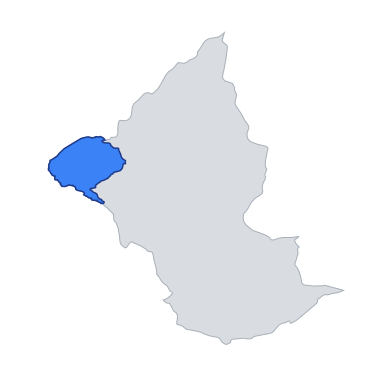 Vakaga on a map of Central African Republic (Equal Earth projection), rotated 264°
{"feature_id": "CAF-812", "entity_name": "Vakaga", "entity_type": "Prefecture", "adm_level": 1, "iso_a3": "CAF", "parent_name": "Central African Republic", "parent_adm1": "", "projection": "equal_earth", "projection_center": [21.98, 9.792], "detail": "fine", "context": "in_parent", "style": "filled", "palette": "blue", "viewbox_px": 384, "rotation_deg": 264, "n_neighbors": 0, "source": "natural_earth", "source_scale": "10m", "svg_char_len": 7846}
<svg xmlns="http://www.w3.org/2000/svg" viewBox="0 0 384 384"><g transform="rotate(264 192 192)"><path d="M266.7,125.6L270.2,126.8L270.8,128.3L269.8,133.0L270.5,135.9L272.5,138.4L274.5,139.5L276.4,140.1L283.1,141.6L285.9,143.4L289.6,148.9L294.2,154.0L295.4,156.6L295.2,159.1L293.8,162.0L294.0,163.2L296.1,166.2L298.6,169.2L303.0,172.6L310.7,177.9L314.3,181.4L315.5,184.1L317.5,187.0L320.2,189.6L322.1,191.7L320.8,197.5L321.2,199.4L321.9,201.0L323.5,203.3L324.2,206.2L325.8,209.9L327.7,211.6L330.9,212.2L332.5,213.9L336.0,216.8L339.4,219.3L340.9,221.1L341.8,222.6L342.5,224.4L342.9,226.2L343.0,230.1L343.6,235.0L345.4,238.3L347.1,240.8L340.2,238.0L339.2,237.9L338.0,238.4L334.4,241.9L333.2,242.3L328.7,241.6L317.7,238.8L309.2,236.2L306.7,235.2L302.2,234.3L299.2,236.1L296.4,242.3L295.6,243.6L291.2,245.4L289.1,244.9L284.0,246.6L276.2,244.0L273.4,244.5L271.2,245.8L265.5,248.7L262.1,250.3L258.1,251.7L254.3,254.0L251.8,255.2L249.3,255.2L247.0,253.9L244.5,252.8L241.6,252.6L238.5,253.3L235.9,255.7L234.9,257.5L232.6,262.2L229.9,269.9L228.9,271.4L227.9,272.2L215.6,268.4L210.3,267.5L206.8,268.7L202.3,266.6L200.3,266.2L199.4,266.9L196.9,265.9L192.8,263.3L188.9,262.2L185.5,262.5L183.3,261.7L181.6,259.1L179.4,254.5L175.4,249.8L170.0,246.1L166.7,243.3L165.4,241.5L162.5,240.4L158.0,240.2L153.8,242.1L147.7,247.9L142.0,259.7L138.8,264.3L136.3,265.4L135.7,268.3L136.9,272.8L137.2,278.1L136.3,287.0L136.7,293.4L135.3,292.4L134.0,289.4L133.4,288.8L129.7,290.1L127.7,291.4L126.7,292.6L125.9,292.7L124.7,291.1L123.8,290.8L122.3,291.1L120.8,291.1L119.8,290.8L119.2,291.0L117.4,290.0L111.0,287.5L109.9,286.7L108.6,286.8L105.2,288.9L103.5,289.6L98.1,290.9L92.4,291.6L90.3,291.6L88.8,292.6L87.8,293.9L86.0,302.1L85.5,303.5L85.6,305.6L85.1,312.2L85.3,314.3L78.4,332.4L77.3,329.4L76.6,325.9L76.4,321.8L76.5,320.7L76.1,319.5L75.5,316.2L76.1,314.1L75.6,311.8L74.3,309.6L73.1,307.9L72.4,306.4L71.8,305.8L70.5,305.5L68.7,304.8L61.2,294.1L53.3,282.2L51.7,278.3L51.1,276.1L53.0,275.8L53.5,275.4L53.5,274.4L52.3,271.3L51.8,267.4L50.8,265.0L47.7,261.4L44.8,258.6L43.9,257.2L43.3,255.1L42.2,242.2L41.8,238.6L40.8,237.0L40.2,236.2L39.9,235.3L40.0,233.0L40.4,231.0L40.4,230.2L41.2,228.4L41.3,216.5L40.3,214.8L38.6,214.8L37.6,213.1L36.9,210.9L37.1,209.3L38.8,206.9L40.0,206.0L43.3,204.1L44.3,203.1L44.9,201.9L45.3,200.4L47.2,194.2L50.2,188.1L51.4,186.9L54.4,177.9L55.1,175.6L55.6,173.3L56.5,171.5L59.7,168.4L62.2,163.1L64.8,163.4L67.5,164.2L70.9,164.7L73.6,163.6L75.3,161.5L83.7,158.0L84.3,155.1L85.6,153.6L87.1,152.3L87.7,152.1L87.8,153.1L88.7,156.0L90.6,159.0L93.3,162.2L94.1,162.0L95.9,159.6L100.2,158.0L101.3,157.4L104.4,153.8L108.1,151.5L110.3,150.7L114.0,148.3L116.7,148.6L121.0,148.3L128.1,147.1L133.3,146.8L135.9,146.3L136.5,145.8L137.5,142.4L138.3,141.4L140.2,140.0L144.1,134.8L146.6,130.4L147.3,128.8L147.8,128.6L148.9,126.7L147.8,124.8L143.6,120.9L143.7,120.4L143.4,119.7L143.7,119.2L145.3,117.6L147.5,115.8L149.8,115.2L155.9,115.3L161.1,114.9L162.3,115.0L166.3,114.1L169.1,113.3L171.9,111.4L178.3,111.6L183.7,106.9L185.2,106.0L185.9,105.3L186.1,104.5L188.6,102.7L191.4,98.8L193.6,95.3L194.3,92.8L200.3,84.4L202.4,84.6L203.5,83.6L205.9,78.0L206.6,77.0L209.1,76.0L210.3,74.3L211.3,71.9L211.3,68.8L210.9,66.4L210.9,65.2L211.4,64.1L212.4,63.0L217.0,60.0L218.2,58.6L218.9,57.3L220.1,57.0L221.6,57.2L222.4,56.4L223.4,55.0L226.6,53.2L229.6,51.7L232.7,52.3L238.3,54.2L240.0,58.1L240.8,59.5L247.7,69.0L249.1,71.2L252.5,78.0L254.6,82.6L257.0,89.3L257.3,92.9L257.0,96.0L256.5,104.8L255.9,107.3L252.8,112.0L252.7,114.1L253.3,115.9L254.3,116.6L254.8,117.5L254.5,121.6L255.6,123.2L257.9,124.3L263.7,125.0L266.7,125.6Z" fill="#d9dde1" stroke="#a8b0b8" stroke-width="1"/><path d="M238.3,54.2L238.4,55.1L241.7,61.6L244.2,63.9L248.5,69.5L252.5,78.0L256.5,86.6L257.0,88.0L257.7,93.5L257.6,94.8L257.3,95.7L256.4,97.5L256.1,98.4L256.1,98.8L256.3,99.6L256.4,100.0L256.4,101.0L256.4,101.3L256.6,101.7L256.8,101.7L256.9,101.8L257.1,102.0L257.1,102.3L256.5,104.8L256.4,105.3L256.7,106.3L256.7,106.8L256.5,107.2L256.2,107.5L255.3,109.0L254.8,109.7L254.5,110.0L254.1,110.1L253.3,110.0L253.0,110.2L252.7,110.7L252.5,110.1L252.4,109.3L252.6,108.6L252.7,108.3L252.6,108.1L252.2,107.9L251.9,108.0L251.6,108.0L251.3,108.2L251.0,108.3L250.8,108.6L250.6,108.8L250.4,109.2L250.2,109.7L250.0,110.3L249.5,113.8L249.3,114.4L249.2,114.8L248.8,115.3L248.5,115.7L248.3,115.8L248.1,115.9L247.9,116.0L247.0,116.1L246.5,116.3L246.0,116.7L244.4,118.4L243.9,119.0L243.6,119.8L243.5,121.8L243.4,122.6L243.1,123.3L242.9,123.5L242.6,123.6L241.9,123.4L241.7,123.4L237.2,124.9L234.2,125.4L233.3,125.8L232.1,126.7L231.7,127.1L230.4,128.8L230.2,129.0L229.9,129.1L229.6,129.1L229.4,129.0L228.5,128.6L228.2,128.6L227.9,128.6L227.7,128.7L227.2,128.8L227.2,127.6L227.2,127.3L227.2,126.9L227.0,126.6L226.8,126.4L226.4,126.2L224.6,125.8L223.3,125.3L222.9,125.1L221.1,123.4L220.8,122.8L220.6,122.0L219.9,117.9L219.9,117.0L219.9,116.7L219.7,116.4L218.6,115.4L218.3,114.9L218.1,114.4L218.0,113.9L217.9,113.6L217.7,113.3L217.5,113.1L216.6,112.4L216.3,112.0L215.7,111.0L215.4,110.7L215.2,110.4L214.5,110.0L214.3,109.7L214.2,109.4L213.7,107.4L213.5,106.9L213.3,106.5L213.1,106.3L213.0,106.0L212.9,105.6L212.6,103.5L212.5,102.9L212.3,102.5L211.5,101.6L211.2,101.2L211.0,100.8L211.0,100.5L210.8,99.8L210.7,99.6L209.3,97.9L209.1,97.5L208.9,97.1L208.7,96.8L208.4,96.6L207.8,96.6L207.2,96.7L206.8,96.7L206.6,96.5L206.5,96.4L206.4,96.1L206.4,95.8L206.4,95.2L206.3,94.8L206.1,93.7L206.1,93.3L206.1,92.9L206.1,92.3L206.1,92.1L206.1,91.8L205.9,91.4L205.8,91.2L205.6,91.0L205.0,90.9L204.9,90.9L204.8,91.0L204.6,91.2L204.6,91.4L204.4,91.8L204.3,92.1L204.2,92.2L204.0,92.4L203.8,92.5L203.7,92.6L203.3,92.8L203.0,93.0L202.5,93.5L202.0,94.2L201.5,94.7L201.4,94.9L201.3,95.1L201.2,95.4L201.1,95.7L201.0,95.9L201.0,96.0L200.8,96.2L200.6,96.4L200.3,96.7L200.3,96.8L200.1,97.0L199.0,97.4L198.6,97.5L198.1,97.5L197.8,97.6L197.2,97.8L196.9,97.9L196.5,98.0L196.1,98.2L195.3,98.9L194.8,99.5L194.6,99.7L194.5,99.8L194.5,100.0L194.4,100.5L194.2,100.8L193.9,101.2L193.8,101.3L193.5,101.4L193.2,101.4L192.5,101.7L192.4,101.8L192.3,102.0L192.1,102.4L192.1,102.5L191.9,102.7L191.6,103.3L191.4,103.5L191.2,103.5L190.8,103.4L190.3,103.2L189.7,102.3L189.6,102.2L189.7,102.3L189.9,102.3L190.0,101.7L190.1,100.8L190.2,100.1L190.8,99.8L191.0,99.6L191.9,98.2L192.1,97.7L192.2,97.4L192.5,97.2L193.0,96.8L193.1,96.5L193.1,96.2L193.3,96.1L193.6,96.3L193.6,95.9L193.4,95.7L193.4,95.4L193.8,95.3L193.9,94.9L194.0,93.8L194.0,93.3L194.4,92.4L194.4,91.8L194.5,91.7L194.8,91.4L195.0,91.2L195.3,91.1L195.5,91.4L195.6,91.5L195.8,91.4L195.9,91.2L196.2,90.8L196.3,90.8L196.5,90.9L196.6,90.7L196.6,90.3L196.6,90.2L196.9,89.0L197.2,88.4L198.5,87.3L198.7,87.2L198.8,86.7L198.9,86.3L200.2,84.4L200.5,84.0L200.8,84.3L201.8,84.8L202.1,84.9L202.9,84.5L203.7,83.4L204.4,82.1L205.6,78.3L206.3,77.2L207.0,76.6L207.5,76.7L207.8,76.8L208.1,76.7L208.9,76.4L209.1,76.3L209.7,76.1L210.0,75.6L210.2,75.0L210.4,74.4L210.6,74.2L210.9,74.2L211.1,74.1L211.2,73.8L211.2,73.5L211.1,73.1L211.1,72.7L211.2,72.1L211.9,70.4L211.7,70.2L211.8,69.8L211.8,69.5L211.6,69.3L211.2,68.6L211.1,68.3L211.1,67.8L210.8,66.6L210.8,65.9L210.8,65.3L211.1,64.4L211.1,63.7L211.2,63.2L211.6,62.9L212.0,62.8L212.3,62.7L212.5,62.6L212.6,62.4L212.7,62.2L213.0,62.1L213.6,61.9L213.9,61.8L214.3,62.2L214.6,62.2L214.8,61.9L215.3,61.2L216.1,60.6L216.5,60.3L217.9,59.8L218.2,59.5L218.0,58.8L218.1,58.3L218.3,57.7L218.5,57.1L219.0,56.8L221.0,57.1L221.4,57.0L222.0,57.5L222.3,56.8L222.6,55.8L223.3,55.1L223.5,54.6L223.9,54.3L224.2,54.5L224.4,54.5L224.7,54.3L225.1,53.8L225.4,53.5L225.9,53.3L226.4,53.1L226.5,53.1L227.1,52.9L227.5,52.8L227.8,52.5L228.2,51.9L228.5,51.7L228.8,51.6L229.2,51.7L229.5,51.8L229.8,51.9L230.0,51.6L230.5,52.2L231.0,52.3L231.5,52.1L232.1,52.0L232.3,52.1L232.8,52.4L233.0,52.4L233.8,52.4L234.1,52.4L234.9,52.7L235.5,53.4L237.0,54.0L238.3,54.2Z" fill="#3b82f6" stroke="#1e3a8a" stroke-width="1.5"/></g></svg>